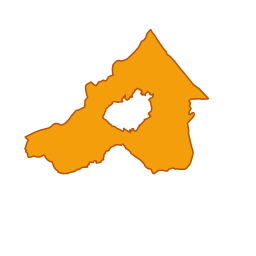 Samraong Tong, Kâmpóng Spœ, Cambodia, rotated 312°
{"feature_id": "14789045B32587408754767", "entity_name": "Samraong Tong", "entity_type": "district", "adm_level": 2, "iso_a3": "KHM", "parent_name": "Cambodia", "parent_adm1": "Kâmpóng Spœ", "projection": "albers", "projection_center": [104.483, 11.45], "detail": "fine", "context": "isolated", "style": "filled", "palette": "amber", "viewbox_px": 256, "rotation_deg": 312, "n_neighbors": 0, "source": "geoboundaries", "source_scale": "gbopen_adm2", "svg_char_len": 5905}
<svg xmlns="http://www.w3.org/2000/svg" viewBox="0 0 256 256"><g transform="rotate(312 128 128)"><path d="M153.2,193.1L154.7,191.0L156.1,188.6L158.7,184.7L164.0,177.2L165.1,176.0L166.9,174.6L171.1,169.3L172.3,168.9L179.1,169.1L181.0,168.8L181.9,168.5L182.7,167.9L183.1,167.2L183.2,166.7L182.7,165.9L181.8,165.5L179.7,165.3L179.2,164.6L179.1,163.8L181.3,162.7L181.6,162.3L182.1,162.2L182.8,162.2L183.6,162.0L184.4,162.0L184.7,161.6L185.6,158.8L186.3,158.8L186.9,158.5L187.3,158.0L187.9,158.0L188.5,157.7L188.6,155.6L188.7,155.3L189.0,155.0L189.6,155.0L190.4,155.3L191.4,155.4L191.8,155.6L195.3,159.4L195.8,159.7L198.0,162.2L199.4,164.3L203.3,168.1L203.6,168.1L203.7,167.8L204.8,154.6L204.0,147.8L206.0,135.0L206.2,134.5L206.1,134.2L207.7,123.6L208.9,117.1L209.3,109.8L209.0,109.4L208.8,108.0L209.1,107.0L209.6,106.3L210.1,105.8L210.3,105.0L210.2,104.4L210.9,100.3L211.9,95.9L213.2,90.8L214.8,85.5L215.1,82.8L215.7,80.6L216.3,79.1L214.0,78.8L211.0,79.0L206.8,80.8L204.4,81.0L201.5,80.2L200.9,80.2L197.1,81.4L195.7,81.8L194.5,81.9L188.2,81.9L179.3,81.3L176.5,80.3L173.9,78.7L173.2,78.0L172.3,76.3L171.0,75.1L169.6,74.6L166.4,74.5L164.6,74.8L163.0,75.8L161.2,77.1L159.0,79.3L158.5,79.8L157.9,81.4L157.4,81.6L155.1,80.1L153.2,79.5L152.5,79.4L149.6,80.1L148.9,80.1L147.9,79.5L147.5,78.7L147.1,78.7L146.9,78.4L147.0,77.5L144.5,76.8L143.2,75.7L142.6,75.5L142.0,75.4L141.3,75.7L140.4,75.7L139.8,75.9L138.9,75.8L138.2,76.0L137.9,75.9L137.4,73.3L137.4,69.9L137.0,69.5L136.6,69.6L133.6,68.4L132.6,68.2L131.5,68.2L130.3,68.8L129.4,69.6L127.5,71.8L125.8,74.1L123.9,77.3L119.6,77.7L114.7,81.8L108.0,79.1L106.4,77.7L98.9,77.8L97.1,78.2L94.7,78.4L89.9,78.2L88.6,77.9L86.5,77.0L85.4,76.4L85.0,75.8L84.6,73.6L84.1,72.7L82.9,71.3L82.2,70.7L80.1,70.0L78.4,70.0L75.0,69.1L68.0,64.5L66.0,63.4L61.5,61.2L52.6,57.7L52.2,58.4L52.1,59.4L52.4,60.7L52.3,61.7L51.8,62.2L50.8,62.3L47.7,63.4L46.4,64.2L43.6,65.3L43.4,66.1L43.4,67.4L42.7,67.3L41.9,68.1L41.9,70.0L41.5,70.7L40.7,71.2L40.4,71.9L39.7,73.3L39.8,74.1L42.5,75.9L44.2,76.8L45.4,79.4L46.5,80.9L47.7,82.0L49.1,82.7L51.5,83.5L51.7,84.5L51.3,85.7L50.8,86.7L50.5,89.4L50.6,91.0L50.9,92.3L51.6,93.5L51.8,94.4L49.5,99.2L49.2,100.2L48.8,102.2L49.0,103.2L49.0,104.7L48.4,106.0L49.2,107.1L49.6,108.1L49.6,108.7L50.0,109.2L50.3,109.9L51.6,111.1L52.0,111.6L52.7,112.2L53.6,113.5L56.6,114.9L57.7,115.7L58.4,116.4L60.0,117.3L60.6,117.5L62.9,117.9L63.4,118.5L65.7,119.8L66.3,120.0L67.2,120.0L67.7,120.1L69.8,121.9L70.0,122.3L71.2,123.0L71.4,123.7L72.0,124.0L73.0,123.1L73.5,123.0L74.9,123.6L75.3,123.2L75.7,122.6L76.6,122.4L78.1,123.5L78.8,125.0L79.2,125.3L80.7,124.9L81.5,125.1L82.2,126.0L82.2,126.6L81.3,127.0L81.0,127.3L80.8,127.8L81.0,128.2L81.9,128.8L83.0,129.7L83.3,130.1L84.5,130.7L85.5,130.1L86.4,130.1L87.1,130.4L87.7,130.7L87.8,130.9L88.3,130.9L89.3,129.7L90.8,129.2L91.0,128.8L91.3,128.7L92.2,127.9L94.3,128.0L94.6,127.8L95.5,127.2L96.1,127.0L97.4,128.4L98.1,128.7L99.2,128.9L101.3,128.1L101.8,128.1L103.2,128.6L104.8,129.6L105.5,129.5L106.4,129.7L106.8,130.0L107.1,130.5L108.0,130.9L108.3,131.1L109.1,132.0L109.5,132.8L109.9,133.4L110.1,133.8L110.5,134.4L112.3,134.7L112.6,135.1L112.6,135.5L112.4,135.9L112.2,136.7L112.4,137.5L112.0,137.9L111.9,139.0L111.3,140.1L111.4,140.8L111.7,141.2L112.0,144.7L111.1,147.3L111.8,153.9L112.6,159.8L112.1,163.8L111.9,164.7L111.6,164.8L111.2,166.2L111.0,168.0L111.2,170.0L111.9,171.2L112.3,171.6L112.7,172.4L111.2,176.3L111.1,176.9L111.4,177.7L111.7,178.1L112.3,178.3L113.9,178.4L115.3,178.8L116.4,178.8L116.6,178.9L119.8,182.0L121.2,184.7L121.8,185.4L122.6,186.2L124.1,185.9L125.0,186.1L128.0,187.8L128.4,188.2L128.6,188.7L129.0,190.7L130.4,191.6L132.0,194.2L133.1,195.2L134.1,196.5L135.3,197.6L136.6,198.3L141.3,198.3L142.8,198.0L145.1,197.2L151.9,193.9L153.2,193.1ZM129.7,99.2L131.6,99.2L132.5,99.4L134.1,99.9L135.2,100.0L135.8,99.9L136.4,99.1L137.1,99.4L138.3,100.2L139.3,101.2L139.9,102.7L142.1,104.7L142.8,105.1L143.6,106.1L144.0,106.4L144.7,104.4L146.6,104.2L147.6,104.4L148.0,104.1L148.4,104.2L149.0,104.0L149.7,103.9L150.2,103.9L150.5,104.0L149.8,104.5L149.7,104.7L148.8,105.2L148.3,105.4L148.0,106.7L148.1,108.7L149.3,108.9L149.9,109.2L150.6,109.3L151.1,109.2L151.1,108.9L151.9,108.9L152.9,108.6L153.2,110.0L153.3,110.2L153.9,110.4L154.2,110.4L154.3,110.1L154.6,109.2L155.9,109.0L156.4,108.4L158.0,108.5L158.5,108.6L159.2,108.4L159.7,108.5L160.8,107.6L161.1,108.2L161.9,108.3L162.4,108.2L162.6,108.3L162.8,108.1L163.2,108.1L163.5,108.3L163.8,108.7L163.9,109.3L164.1,109.4L164.2,110.1L164.2,110.8L164.4,111.8L164.9,111.8L164.6,112.8L164.7,113.7L164.5,114.2L164.0,113.9L163.6,114.2L162.3,114.3L162.1,115.4L162.4,115.3L162.4,116.9L163.4,116.9L163.3,117.4L163.5,117.6L163.8,118.0L163.7,118.5L163.9,119.0L165.1,118.1L167.6,118.1L168.3,118.3L168.3,121.5L167.7,121.6L168.0,122.8L168.3,123.5L168.9,123.8L169.1,124.0L169.4,123.7L169.7,123.7L169.9,124.3L168.7,125.3L167.1,125.6L166.1,125.4L164.7,124.6L163.3,124.5L163.0,124.8L162.6,125.3L162.8,126.3L162.2,127.5L159.9,130.6L159.1,131.9L158.2,132.8L157.5,133.0L156.8,133.6L156.1,134.0L155.6,134.0L153.7,133.4L152.5,133.5L152.1,133.8L151.9,134.1L152.2,134.5L151.8,135.6L151.9,136.1L152.0,136.9L151.3,136.9L149.1,136.4L145.9,135.1L145.4,134.6L145.1,134.6L144.4,135.3L139.2,135.2L138.5,135.0L138.2,134.6L137.7,134.5L137.3,134.7L137.1,135.0L136.6,135.3L135.3,135.1L133.8,135.7L131.7,136.0L130.7,135.8L130.0,133.6L130.3,133.3L131.0,132.6L130.3,131.6L128.7,132.5L128.1,131.2L127.5,131.8L127.3,131.1L126.2,132.3L125.3,128.7L124.8,126.2L125.2,125.6L124.8,125.3L123.8,125.8L122.7,126.5L122.1,126.5L121.8,125.6L121.3,123.1L120.2,119.7L120.3,118.1L120.1,117.3L118.6,114.4L119.0,113.9L119.0,112.7L118.6,110.9L118.7,110.4L119.1,109.8L119.1,109.2L119.0,108.0L119.2,107.1L119.2,106.5L119.1,105.7L118.9,105.6L118.7,105.0L118.7,103.8L118.8,103.0L119.3,102.0L120.0,101.5L121.9,101.2L123.6,100.6L124.3,100.2L126.1,99.8L127.1,99.0L127.5,98.9L129.7,99.2Z" fill="#f59e0b" stroke="#b45309" stroke-width="1.5"/></g></svg>